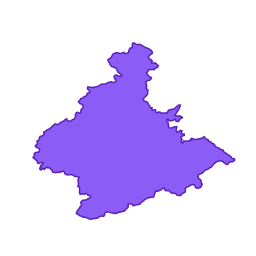 the district of Juiz de Fora, Minas Gerais, Brazil, rotated 259°
{"feature_id": "56859067B63389678931345", "entity_name": "Juiz de Fora", "entity_type": "district", "adm_level": 2, "iso_a3": "BRA", "parent_name": "Brazil", "parent_adm1": "Minas Gerais", "projection": "equal_earth", "projection_center": [-43.444, -21.76], "detail": "fine", "context": "isolated", "style": "filled", "palette": "violet", "viewbox_px": 256, "rotation_deg": 259, "n_neighbors": 0, "source": "geoboundaries", "source_scale": "gbopen_adm2", "svg_char_len": 5793}
<svg xmlns="http://www.w3.org/2000/svg" viewBox="0 0 256 256"><g transform="rotate(259 128 128)"><path d="M140.5,183.8L140.8,181.9L139.0,178.5L137.9,177.0L137.9,175.3L138.0,174.0L137.6,171.0L135.9,169.7L135.1,168.7L135.6,167.7L136.3,163.3L137.5,162.4L137.9,161.1L137.5,159.9L137.9,158.8L138.7,158.2L140.5,158.5L140.9,157.1L140.8,155.4L142.1,154.9L143.3,155.5L143.6,154.0L144.6,153.8L148.2,152.3L149.4,152.1L150.3,151.2L150.8,149.9L151.8,148.8L152.9,148.5L154.0,149.0L155.0,150.1L155.8,151.6L157.0,153.3L161.5,154.9L162.8,153.8L164.1,153.1L164.9,154.2L166.0,154.5L167.0,154.2L168.1,154.4L169.1,154.0L170.3,154.8L170.8,156.7L170.7,158.3L172.1,160.4L173.4,160.3L174.3,158.6L175.6,158.1L176.7,157.3L177.8,156.9L178.8,156.7L179.4,157.9L180.2,158.7L181.2,159.3L180.8,162.9L180.3,164.9L181.2,165.7L181.6,167.4L182.2,168.6L183.1,169.7L185.8,168.0L186.8,166.9L187.2,163.7L188.4,163.7L189.2,164.6L190.4,163.9L191.3,162.9L191.8,161.9L193.1,161.7L194.4,162.1L195.4,163.3L196.5,165.9L197.8,166.5L199.8,165.5L202.1,163.2L203.6,160.5L207.7,155.9L208.0,154.5L208.1,152.9L208.7,151.7L209.9,150.6L210.6,149.5L209.9,148.4L208.8,148.1L206.1,147.6L205.9,146.3L206.1,145.2L203.8,143.5L202.5,143.2L201.7,141.9L201.3,140.6L201.7,139.2L202.9,138.7L203.0,137.3L202.6,135.9L202.4,134.3L203.5,132.9L204.0,131.7L204.1,130.3L203.7,127.9L202.9,126.9L201.1,125.5L199.7,123.8L199.5,122.4L198.5,121.2L192.1,123.1L190.6,125.2L190.0,126.4L189.1,127.3L187.9,128.1L185.0,128.7L183.9,129.5L181.4,131.7L180.1,131.8L180.6,128.4L181.4,127.9L182.2,126.9L182.1,124.9L181.2,124.1L178.9,124.3L177.6,125.4L176.5,125.4L175.9,124.5L175.5,123.1L175.6,121.4L176.7,120.3L176.4,118.7L176.5,116.8L175.6,115.4L175.6,113.7L175.8,111.9L176.1,110.0L174.7,107.3L174.7,105.9L174.4,102.6L174.9,99.6L176.0,96.4L174.5,95.7L173.2,96.2L172.4,96.9L171.1,97.5L169.9,97.1L170.1,95.6L169.6,94.4L168.1,93.9L167.3,92.5L166.9,90.6L165.8,88.5L165.9,87.2L164.8,86.6L164.3,85.5L163.3,84.3L161.2,85.4L160.3,87.0L159.3,87.8L157.9,88.0L156.2,87.6L155.0,85.4L153.5,85.0L152.4,84.4L151.7,83.6L152.2,82.5L153.1,81.6L152.7,80.1L151.8,79.2L150.9,78.8L149.9,78.9L148.1,78.0L147.1,77.0L146.8,75.3L145.7,72.8L146.0,71.0L147.1,69.7L148.6,69.7L148.4,68.0L147.2,66.6L147.0,64.9L146.3,63.8L146.3,62.3L145.4,61.9L144.7,60.0L146.0,57.0L144.9,55.7L144.4,54.1L143.4,53.2L142.0,50.2L141.6,48.3L140.7,46.9L140.1,44.4L139.1,44.4L138.1,44.8L137.3,44.3L137.0,42.9L136.5,41.9L136.5,40.2L135.4,39.1L134.0,38.9L132.9,37.8L132.5,36.1L131.2,36.2L129.7,36.0L129.1,34.8L127.9,33.5L126.6,34.3L124.5,37.3L123.1,36.9L121.8,36.1L121.3,35.1L121.6,33.6L121.3,31.9L120.6,30.9L119.4,31.2L118.2,30.4L117.6,29.4L116.7,29.3L115.9,30.0L115.2,31.1L114.3,31.4L113.3,32.4L112.0,32.5L111.1,32.4L110.3,33.3L110.5,35.1L110.6,36.6L110.2,37.9L109.1,38.0L108.5,36.3L107.8,35.3L106.8,35.0L106.0,34.1L104.5,33.6L103.4,34.5L104.0,35.6L105.0,35.9L104.2,37.0L103.3,37.8L105.2,40.8L104.0,41.9L104.1,43.5L102.0,44.3L101.2,45.5L99.9,45.5L98.7,46.0L98.0,48.8L97.9,51.2L97.5,53.0L98.0,54.6L97.8,56.5L96.9,57.3L96.0,57.1L94.9,57.5L93.9,58.7L93.4,60.2L93.1,63.3L92.6,64.5L91.8,65.5L90.7,66.3L90.4,67.6L89.2,70.5L88.1,70.2L87.5,69.5L86.3,68.9L82.1,68.7L80.3,67.5L79.3,68.8L77.8,69.1L76.3,68.5L75.0,68.4L74.0,68.0L72.1,68.3L71.9,69.4L72.1,71.1L71.3,72.5L71.6,74.6L70.8,75.6L69.8,75.7L69.1,76.9L68.6,78.1L67.7,78.3L66.6,77.0L66.2,75.0L65.5,73.9L65.4,72.3L65.6,71.1L65.6,69.5L64.6,67.9L63.5,67.3L62.6,67.9L61.3,67.5L60.3,66.9L59.8,65.8L58.5,65.1L56.9,63.0L54.9,61.4L53.9,61.0L51.8,63.4L50.9,64.1L50.4,65.4L48.9,67.1L48.8,68.4L47.5,70.8L45.6,73.4L45.6,78.4L45.4,80.8L46.2,82.5L46.7,84.3L46.5,85.9L45.9,87.1L46.9,88.4L48.3,88.5L49.1,89.4L49.6,90.9L49.4,92.7L48.1,95.2L46.8,98.3L46.3,101.1L47.3,102.5L46.8,103.7L47.2,106.6L47.1,108.6L48.0,109.6L50.2,112.9L51.9,113.5L53.0,113.4L53.4,115.0L52.8,116.6L52.0,117.8L50.8,118.1L50.6,119.3L51.0,120.5L50.9,123.9L51.1,125.4L52.4,126.6L53.6,129.6L54.4,130.4L54.8,131.5L55.2,133.0L55.8,136.6L55.2,138.5L55.7,140.3L58.9,141.9L60.8,143.2L60.3,144.5L60.4,146.1L60.8,147.3L61.1,149.0L62.1,150.3L62.1,152.1L61.0,152.1L59.7,152.6L59.0,153.8L59.0,156.0L57.6,156.8L55.6,158.6L55.4,160.6L54.8,161.8L53.9,162.7L52.5,163.5L51.7,166.7L53.5,169.3L54.1,171.7L55.7,172.4L57.0,172.6L58.1,173.2L58.8,174.3L58.9,175.8L59.5,177.3L59.9,178.8L60.1,180.1L60.0,181.8L58.9,182.6L58.0,182.9L56.8,182.9L55.8,184.0L55.5,186.0L56.0,188.1L58.7,190.2L60.0,189.5L62.8,189.6L64.7,188.1L66.1,187.4L68.5,188.0L69.1,189.7L69.4,191.6L70.2,193.3L71.9,195.6L72.2,198.3L72.8,199.6L73.5,200.8L73.8,202.4L76.0,204.9L77.9,208.2L78.3,212.5L76.7,215.2L75.8,215.3L74.9,216.5L74.0,217.1L73.2,218.3L73.9,219.8L74.9,220.4L75.3,221.8L74.9,223.5L75.1,224.8L75.7,225.8L76.3,226.7L77.5,226.5L77.9,224.9L79.1,223.7L80.3,223.6L81.2,222.4L82.1,222.0L82.5,221.0L84.2,219.8L84.8,218.9L85.7,218.2L86.5,217.2L87.6,217.3L88.6,216.7L89.5,214.2L90.4,214.1L93.1,210.2L94.1,209.8L95.2,209.8L96.1,209.0L97.1,207.4L98.6,206.5L99.3,205.3L100.0,204.5L101.2,204.4L102.5,202.1L103.9,201.7L105.0,201.0L104.2,199.5L103.8,197.8L103.8,191.7L105.8,188.5L104.9,187.2L104.0,187.9L103.7,185.9L103.8,183.7L104.6,180.0L103.3,179.2L102.8,178.3L103.7,177.8L104.9,177.7L106.7,179.0L107.5,178.3L108.7,177.9L109.7,179.2L109.8,180.4L110.0,181.8L111.3,182.0L111.4,180.8L112.1,179.8L113.0,179.1L113.8,179.9L115.0,180.4L115.7,178.9L114.7,176.6L114.6,175.3L115.9,174.8L117.0,175.0L120.0,176.2L120.2,174.4L120.2,172.2L119.5,170.4L120.3,168.7L121.8,167.9L123.1,168.5L124.4,168.1L125.7,168.4L127.0,168.0L128.2,167.2L129.1,168.0L129.0,169.2L127.7,169.5L126.9,170.7L127.0,174.3L127.7,175.8L126.8,176.5L125.5,176.4L124.8,178.0L125.0,179.2L127.1,180.9L127.3,182.4L127.9,183.4L128.8,182.8L129.6,181.8L130.2,180.3L130.3,178.6L131.1,176.5L132.4,177.0L133.0,178.0L133.7,178.7L134.8,179.1L135.4,180.3L137.5,182.1L139.0,183.0L140.5,183.8Z" fill="#8b5cf6" stroke="#5b21b6" stroke-width="1.5"/></g></svg>